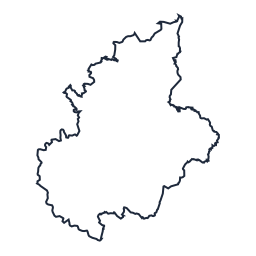 the district of Unión de Tula, Jalisco, Mexico
{"feature_id": "50627088B89415204754484", "entity_name": "Unión de Tula", "entity_type": "district", "adm_level": 2, "iso_a3": "MEX", "parent_name": "Mexico", "parent_adm1": "Jalisco", "projection": "albers", "projection_center": [-104.245, 20.004], "detail": "fine", "context": "isolated", "style": "outline", "palette": "slate", "viewbox_px": 256, "rotation_deg": 0, "n_neighbors": 0, "source": "geoboundaries", "source_scale": "gbopen_adm2", "svg_char_len": 5756}
<svg xmlns="http://www.w3.org/2000/svg" viewBox="0 0 256 256"><path d="M99.8,240.6L101.0,239.7L101.6,238.8L100.9,238.8L101.2,237.2L102.7,231.4L103.0,228.8L103.6,228.8L103.5,227.2L104.1,226.5L104.1,225.6L102.0,225.0L99.1,222.5L100.0,220.8L97.9,216.7L98.4,215.2L99.8,213.8L100.1,213.7L100.7,214.4L101.4,214.3L102.1,213.4L104.0,212.9L104.6,212.0L105.3,212.5L106.2,212.0L108.2,213.7L110.6,213.2L114.0,213.4L114.0,212.4L114.4,212.4L117.1,216.0L120.8,218.6L123.0,217.0L123.0,215.7L123.5,215.6L122.0,214.6L123.9,211.9L124.1,210.0L123.7,208.8L124.1,207.4L124.7,207.4L126.7,208.1L130.7,212.4L132.8,212.7L135.3,213.9L136.5,213.5L138.7,214.1L141.8,217.9L142.1,217.2L142.6,217.1L144.0,218.7L146.3,217.9L147.4,218.1L148.0,217.8L149.3,215.8L151.6,215.4L152.5,216.0L153.3,216.1L154.6,215.6L155.0,215.0L154.6,213.9L154.8,213.1L156.3,212.4L157.2,209.6L157.8,209.3L159.8,203.2L159.6,202.2L160.5,200.4L162.8,193.6L163.5,186.5L164.2,186.1L168.2,188.4L171.1,186.3L178.1,184.3L178.2,183.3L179.0,182.7L179.9,180.7L180.1,177.5L181.5,177.6L182.9,177.1L184.3,175.9L184.2,170.4L183.1,169.3L182.9,168.6L184.4,165.7L185.2,164.3L187.4,162.2L187.6,161.6L188.4,162.3L189.5,161.7L192.0,159.0L193.1,159.4L193.6,159.1L196.9,160.3L197.2,159.5L198.2,159.5L198.6,160.1L199.2,160.0L202.5,162.5L204.0,162.6L204.2,161.8L206.4,160.9L206.5,160.4L207.3,161.5L207.9,160.9L208.6,160.7L208.1,159.1L208.5,158.3L208.6,156.3L208.0,154.3L208.7,153.7L209.0,151.7L209.6,151.3L209.3,149.4L210.1,148.7L210.9,149.2L210.9,148.3L211.8,148.3L212.4,147.9L212.2,147.1L212.6,146.5L212.5,145.3L213.4,145.9L214.4,145.8L215.3,144.9L215.2,144.1L216.0,144.6L216.0,142.7L217.6,142.3L217.0,140.5L218.3,138.9L218.4,138.0L218.9,137.8L218.8,134.8L217.2,134.4L217.8,133.5L216.4,132.0L214.3,131.7L214.1,131.2L213.9,131.3L212.8,130.4L211.7,126.6L210.4,125.9L209.8,124.7L210.1,122.9L209.7,122.0L207.9,119.2L206.7,119.6L204.0,118.2L201.7,118.4L200.6,118.0L200.2,117.2L200.1,115.7L198.9,113.7L198.6,112.1L197.3,112.3L196.5,111.3L194.9,111.0L194.5,110.8L195.0,110.2L193.2,109.2L192.7,109.2L192.4,109.6L191.5,109.4L190.8,108.0L193.4,107.7L188.8,107.4L188.6,107.1L187.0,107.2L186.2,107.4L185.9,108.6L185.3,109.0L183.5,108.9L179.5,107.3L179.7,111.3L178.7,111.4L178.7,111.1L178.1,111.1L178.0,109.6L177.1,109.7L176.7,108.3L177.5,108.4L177.8,107.8L177.5,107.3L175.9,107.3L175.9,106.9L174.3,106.5L174.4,106.2L173.4,105.1L173.6,104.5L172.8,105.3L171.5,104.7L170.7,105.2L169.3,102.6L168.6,102.1L169.7,101.5L170.0,101.0L169.8,100.1L170.5,99.4L169.6,97.2L169.8,95.9L170.9,94.4L171.3,89.8L180.7,79.5L180.5,77.1L178.3,74.8L177.7,73.6L177.4,71.9L177.5,70.4L178.1,69.4L177.8,67.8L176.2,66.0L176.3,65.4L175.1,63.5L174.6,63.5L175.2,61.8L175.7,61.9L175.7,61.2L174.7,61.0L175.0,60.2L174.0,60.3L173.0,58.0L176.4,57.1L177.4,53.9L177.8,54.0L178.6,53.0L180.0,52.2L180.4,51.4L179.9,51.2L180.0,48.2L179.3,46.5L178.7,46.2L178.7,42.4L179.1,39.4L178.6,38.0L178.6,37.1L179.0,36.7L177.5,33.5L180.1,25.5L182.2,22.1L182.3,18.3L181.5,18.6L180.9,17.2L181.0,16.6L178.8,15.4L179.2,16.2L179.1,16.7L177.1,20.9L176.5,20.8L176.9,21.3L176.6,21.5L173.6,22.2L170.2,23.7L163.7,21.9L160.0,21.7L158.0,23.3L161.2,23.8L161.4,28.9L160.7,29.9L154.7,33.5L153.0,36.3L151.7,37.4L150.4,40.1L149.5,40.4L147.9,39.9L146.2,40.2L145.1,41.3L140.2,41.3L134.7,33.0L134.2,34.4L133.5,35.1L130.5,36.2L128.1,36.2L126.2,36.9L123.4,39.6L122.6,41.5L122.0,42.0L119.3,42.9L116.8,42.0L113.9,41.9L113.6,42.2L113.4,43.3L115.3,45.2L115.2,49.6L114.3,55.2L113.1,57.0L116.1,58.9L116.6,59.9L117.7,60.4L117.5,61.0L117.1,60.6L116.6,61.0L114.9,59.8L114.2,60.3L112.1,59.1L111.4,59.9L108.8,59.1L107.8,59.7L107.3,59.4L107.7,57.8L106.6,59.5L104.6,58.4L106.2,56.8L105.5,56.6L103.1,58.2L101.7,58.0L101.6,59.1L101.9,59.4L100.9,61.2L101.4,61.6L100.6,62.5L95.5,63.7L94.5,64.8L92.6,65.1L91.4,64.5L88.6,68.9L88.8,70.3L88.2,70.5L88.7,71.1L88.6,71.6L90.8,71.8L91.1,72.5L91.0,73.3L89.3,75.1L89.5,76.8L93.1,78.2L94.1,80.0L94.2,81.9L90.5,84.8L87.9,83.9L84.5,83.7L84.0,84.0L84.3,84.7L83.1,85.4L83.8,86.3L84.4,86.5L83.8,87.0L84.4,88.4L84.6,90.2L85.6,90.7L85.9,91.5L83.7,93.1L82.0,93.4L82.2,94.1L81.5,95.7L81.6,96.7L80.3,96.4L79.4,95.4L79.1,95.8L78.3,95.8L77.8,95.2L77.9,94.9L77.2,94.7L76.9,93.7L75.0,91.9L75.0,91.1L74.0,90.4L72.3,90.4L70.6,87.3L70.8,85.7L70.3,85.1L69.6,86.1L68.8,86.5L68.8,87.7L66.7,88.6L66.2,89.2L64.9,92.2L64.1,92.1L63.6,92.5L64.1,92.9L65.9,93.1L67.0,94.1L66.5,96.5L66.9,97.1L70.8,99.9L71.0,100.5L70.5,101.2L72.1,102.4L72.6,103.5L72.5,104.0L72.9,104.6L72.2,104.8L73.3,106.3L74.2,106.5L76.5,108.6L76.6,109.4L76.2,109.9L74.8,109.4L73.8,109.8L73.7,111.1L74.5,112.0L76.4,112.4L77.6,112.0L77.7,111.5L80.2,111.3L78.7,112.9L77.8,115.4L79.1,117.5L77.8,119.0L78.5,121.3L77.2,124.2L79.4,131.0L77.1,135.4L76.6,135.7L75.3,134.5L74.6,134.5L72.2,135.6L69.2,135.3L68.8,135.6L68.4,137.3L68.0,137.8L66.2,137.4L66.0,135.4L63.9,131.8L63.8,130.7L63.1,129.7L61.8,129.4L60.9,130.0L60.4,130.8L60.3,132.7L60.6,135.1L60.4,137.7L60.9,140.5L59.0,141.1L55.6,139.1L51.6,139.7L51.4,140.1L52.0,142.1L49.2,144.9L48.5,143.6L46.7,142.9L45.9,143.3L45.2,144.2L45.0,145.1L45.4,146.2L46.2,147.1L45.7,149.9L43.7,150.2L40.2,149.2L38.5,149.4L37.9,150.0L37.4,155.3L38.4,157.6L38.6,159.3L41.4,162.1L41.6,162.8L40.5,164.1L40.2,165.5L39.2,166.4L38.4,167.9L38.1,171.7L37.6,173.8L37.8,174.8L39.5,176.0L39.7,176.6L39.8,179.8L37.5,181.3L37.5,183.1L37.1,183.5L39.4,184.8L40.3,185.8L47.0,190.5L47.9,192.8L47.4,194.2L47.8,198.2L46.1,201.9L46.6,203.5L48.2,204.5L52.1,205.3L52.8,206.7L52.9,207.8L52.3,210.3L52.6,211.8L54.5,215.7L56.0,216.8L59.6,216.1L63.3,218.2L63.4,218.5L62.5,221.3L64.1,222.8L68.6,219.6L69.5,223.3L69.4,224.1L70.0,225.5L71.7,226.4L74.4,225.6L77.2,225.9L77.8,226.5L78.6,229.1L79.4,229.8L82.2,230.9L84.1,231.1L86.9,230.6L87.5,231.4L88.5,235.0L89.2,236.2L92.4,237.8L96.6,239.0L97.7,240.0L99.8,240.6Z" fill="none" stroke="#1e293b" stroke-width="2"/></svg>